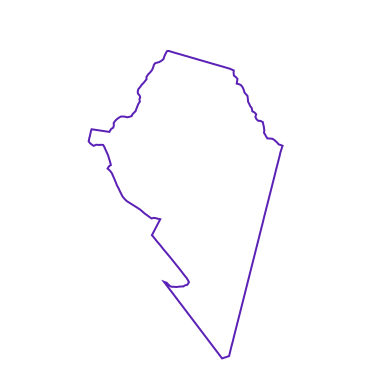 Sátiro Dias, Bahia, Brazil (Mercator projection), rotated 212°
{"feature_id": "56859067B46846064360642", "entity_name": "Sátiro Dias", "entity_type": "district", "adm_level": 2, "iso_a3": "BRA", "parent_name": "Brazil", "parent_adm1": "Bahia", "projection": "mercator", "projection_center": [-38.535, -11.555], "detail": "fine", "context": "isolated", "style": "outline", "palette": "violet", "viewbox_px": 384, "rotation_deg": 212, "n_neighbors": 0, "source": "geoboundaries", "source_scale": "gbopen_adm2", "svg_char_len": 2495}
<svg xmlns="http://www.w3.org/2000/svg" viewBox="0 0 384 384"><g transform="rotate(212 192 192)"><path d="M221.0,317.2L225.2,316.6L235.6,313.7L237.6,313.1L282.3,300.4L286.5,299.3L287.9,298.1L287.7,295.2L287.3,292.2L286.6,289.7L287.5,287.0L288.8,284.6L290.2,283.2L291.5,281.7L291.7,279.7L291.0,277.2L290.5,274.4L290.9,271.2L291.5,268.6L291.6,266.8L291.4,265.0L290.3,263.5L290.6,261.4L290.9,258.7L291.4,256.8L291.6,253.7L292.0,250.6L291.1,248.1L289.9,246.8L287.6,246.1L286.1,244.9L285.8,242.9L284.1,241.0L284.2,238.4L283.9,236.6L283.4,233.8L282.7,230.7L283.3,228.2L283.7,226.3L283.4,224.4L284.9,222.6L286.6,221.0L288.6,220.4L290.3,219.6L292.2,218.4L293.6,215.8L294.5,213.3L294.9,211.0L295.0,209.0L293.5,207.0L292.9,204.8L293.9,202.8L294.0,201.0L293.9,199.2L310.4,192.0L309.9,189.9L309.0,187.4L308.1,184.9L307.5,182.8L306.4,180.1L304.3,179.4L302.5,179.1L299.9,179.0L298.3,181.3L295.5,182.8L293.9,184.0L292.3,184.8L290.1,183.7L288.3,182.4L286.0,180.9L284.3,179.8L282.7,178.7L281.3,177.5L280.0,176.3L278.5,175.1L277.0,173.7L275.1,171.9L276.0,169.7L276.0,167.1L273.4,166.7L271.7,166.2L269.6,165.3L268.0,164.1L266.0,162.8L263.7,161.2L261.2,159.4L259.5,158.1L257.9,157.1L256.0,156.1L253.8,154.6L251.2,153.0L249.3,151.8L247.5,151.0L245.4,150.4L243.6,149.9L241.7,149.7L239.5,149.7L236.8,149.7L234.5,149.7L231.9,149.7L229.6,149.7L226.8,149.6L224.0,149.2L221.0,148.7L212.3,148.1L210.9,149.7L209.0,150.6L206.8,151.2L204.5,152.1L203.1,134.1L201.3,133.6L199.3,132.9L196.8,132.0L194.5,131.2L192.7,130.7L190.6,130.0L188.1,129.1L185.1,128.0L181.7,127.0L179.5,126.2L176.9,125.4L160.6,119.7L153.7,117.1L151.2,116.3L148.9,115.2L146.8,113.9L146.8,110.9L148.5,109.0L149.4,107.2L151.3,106.0L153.4,104.4L155.1,103.0L156.7,102.3L158.7,101.0L160.6,100.5L162.8,100.9L165.3,101.6L168.2,101.0L78.3,66.8L73.6,72.5L76.8,82.1L78.3,87.1L80.4,93.4L87.3,115.0L101.0,157.6L113.0,194.9L114.5,199.5L115.1,201.5L116.6,206.1L117.2,207.8L131.0,250.9L131.9,253.5L136.8,269.0L137.9,272.0L139.7,279.2L141.8,278.8L143.7,278.3L145.8,279.0L149.4,279.7L151.8,279.8L154.0,278.8L156.4,277.4L158.9,278.5L160.6,279.6L162.3,280.3L163.3,282.5L165.4,285.1L167.5,287.2L169.0,288.8L171.6,288.6L173.5,287.5L175.8,287.9L178.0,289.2L178.7,291.9L181.1,292.6L183.6,292.4L185.8,294.8L188.1,295.7L190.3,297.1L192.4,298.4L193.9,300.5L195.9,302.9L198.4,303.6L200.2,304.2L202.2,306.0L204.5,307.6L207.2,308.6L209.4,308.3L211.5,307.6L212.4,309.7L213.4,312.0L215.5,312.7L218.1,312.9L219.8,315.0L221.0,317.2Z" fill="none" stroke="#5b21b6" stroke-width="2"/></g></svg>